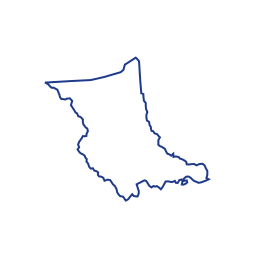 Turvo, Santa Catarina, Brazil (Equal Earth projection), rotated 22°
{"feature_id": "56859067B30250296279332", "entity_name": "Turvo", "entity_type": "district", "adm_level": 2, "iso_a3": "BRA", "parent_name": "Brazil", "parent_adm1": "Santa Catarina", "projection": "equal_earth", "projection_center": [-49.676, -28.894], "detail": "fine", "context": "isolated", "style": "outline", "palette": "blue", "viewbox_px": 256, "rotation_deg": 22, "n_neighbors": 0, "source": "geoboundaries", "source_scale": "gbopen_adm2", "svg_char_len": 2392}
<svg xmlns="http://www.w3.org/2000/svg" viewBox="0 0 256 256"><g transform="rotate(22 128 128)"><path d="M198.5,157.1L198.9,154.0L200.1,151.4L202.4,150.3L204.7,150.7L206.8,151.6L208.6,152.2L211.1,152.3L213.9,152.4L215.9,151.2L217.5,149.8L219.4,148.1L220.7,146.8L222.0,145.3L219.5,145.1L219.1,141.7L217.6,138.0L215.2,136.2L213.2,134.1L210.6,133.2L207.8,134.6L205.4,137.0L202.9,136.6L200.6,137.6L198.4,138.9L196.0,139.7L194.7,137.6L192.7,137.0L189.8,136.7L187.6,136.9L185.9,136.0L183.0,136.4L181.0,137.8L179.6,134.9L178.4,137.5L176.3,137.0L173.9,137.0L171.4,134.9L169.9,133.4L168.2,133.2L166.4,132.8L164.3,132.8L162.4,132.2L161.6,130.0L160.7,127.9L161.1,124.7L159.2,123.9L157.3,122.8L154.6,123.0L152.7,121.6L150.9,121.8L149.6,120.2L148.7,118.4L146.9,117.2L145.3,114.5L142.7,113.9L141.1,111.4L140.1,108.8L140.0,106.0L137.6,103.6L136.1,100.7L135.1,98.2L132.6,96.8L131.1,94.2L129.5,90.8L127.3,90.8L121.9,80.1L113.3,62.1L110.5,60.5L108.8,59.9L102.9,68.3L101.4,70.3L101.6,72.9L102.0,75.8L100.3,79.0L86.7,89.7L77.4,96.2L75.3,97.6L57.2,106.0L34.0,117.0L36.4,117.1L38.2,117.6L40.3,118.7L42.2,119.3L43.7,118.5L45.8,118.7L48.2,119.0L50.2,121.1L51.9,122.8L53.5,125.0L55.4,126.1L57.4,125.4L59.1,125.1L60.5,123.6L63.0,122.3L66.1,123.8L66.6,128.3L68.7,129.7L71.0,131.3L73.6,133.3L75.3,133.5L77.3,135.6L80.4,135.7L83.0,137.0L83.7,139.0L85.3,141.4L87.1,142.4L88.7,143.4L90.4,143.7L92.0,146.0L91.7,148.7L92.4,151.0L90.9,151.9L89.2,152.4L88.9,155.0L87.9,159.0L87.9,162.1L89.9,164.1L89.3,166.8L91.9,168.5L93.5,169.2L95.9,169.3L98.4,170.0L99.6,171.5L101.4,172.3L102.1,174.7L104.3,175.9L105.8,177.7L107.1,178.9L108.8,179.6L110.5,178.5L112.6,180.1L115.2,179.9L117.0,180.4L117.6,182.7L119.2,183.7L121.8,183.1L123.8,183.5L126.0,185.7L128.3,183.6L131.0,183.0L133.2,184.5L134.9,185.7L137.5,186.7L140.2,188.9L142.1,191.7L144.2,193.2L146.2,194.1L149.2,193.5L151.4,195.0L153.2,196.1L154.9,193.9L156.0,189.8L156.8,187.8L158.6,188.9L160.3,188.6L162.5,187.9L162.5,184.9L161.6,182.4L157.1,177.0L162.8,170.4L164.7,170.3L167.2,172.0L169.5,173.7L172.1,174.3L173.4,172.2L175.1,172.2L176.5,171.1L178.6,171.5L181.4,172.5L182.3,169.3L182.6,166.1L182.9,163.5L184.8,162.6L186.3,162.2L188.0,162.0L189.6,161.2L191.3,159.5L192.9,160.9L194.6,160.4L195.2,156.9L197.2,155.6L198.5,157.1ZM198.5,157.1L199.0,160.2L200.7,159.7L202.3,158.1L203.3,156.2L202.1,154.6L200.2,155.7L198.5,157.1Z" fill="none" stroke="#1e3a8a" stroke-width="2"/></g></svg>